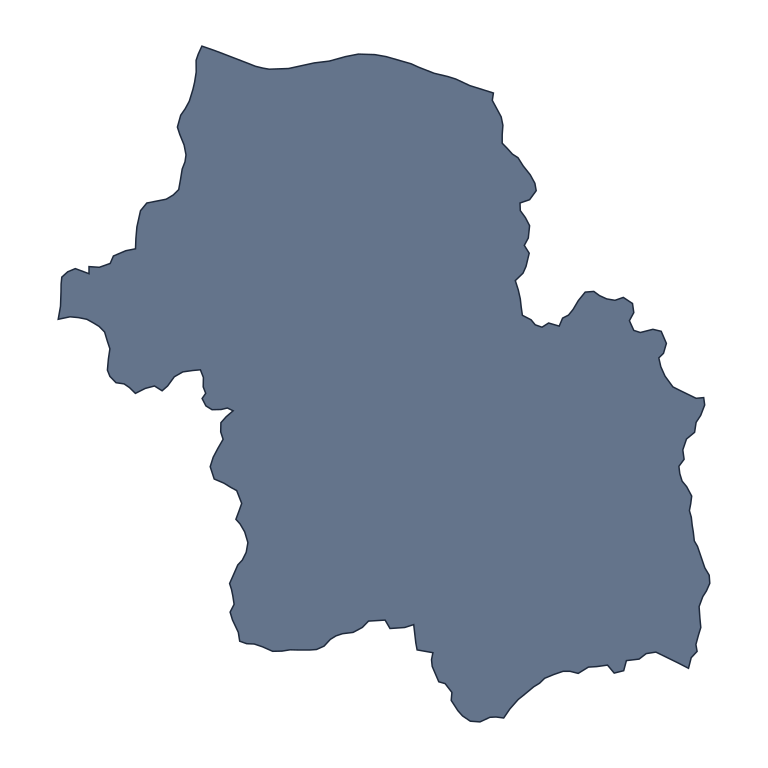 Cardoso, São Paulo, Brazil
{"feature_id": "56859067B23507277566037", "entity_name": "Cardoso", "entity_type": "district", "adm_level": 2, "iso_a3": "BRA", "parent_name": "Brazil", "parent_adm1": "São Paulo", "projection": "albers", "projection_center": [-49.951, -20.067], "detail": "fine", "context": "isolated", "style": "filled", "palette": "slate", "viewbox_px": 768, "rotation_deg": 0, "n_neighbors": 0, "source": "geoboundaries", "source_scale": "gbopen_adm2", "svg_char_len": 3294}
<svg xmlns="http://www.w3.org/2000/svg" viewBox="0 0 768 768"><path d="M201.9,46.1L198.2,54.2L196.1,60.3L196.2,72.1L194.6,82.2L192.9,89.5L189.3,101.2L185.1,108.9L180.7,115.2L177.4,127.1L179.8,134.5L184.1,145.0L186.0,154.9L185.0,161.8L182.2,169.0L180.5,179.5L178.7,189.6L173.2,195.0L166.2,199.2L146.8,203.0L140.5,210.7L136.9,226.9L135.9,238.5L135.5,248.8L125.8,250.7L113.4,256.0L110.2,263.4L99.3,267.3L89.0,266.6L89.0,273.7L75.3,268.6L67.7,271.8L61.8,277.1L61.1,284.1L61.0,291.9L60.5,306.3L58.2,319.3L70.0,316.8L78.5,317.6L86.9,319.3L93.7,323.1L99.1,326.4L104.6,332.0L107.3,341.0L109.9,348.8L108.4,358.9L107.4,370.1L109.9,376.4L116.0,382.7L124.1,383.9L129.5,387.6L135.4,393.4L145.3,388.4L154.5,386.0L162.1,390.8L167.6,386.0L174.3,376.8L182.8,371.9L192.7,370.5L200.4,369.8L203.4,377.5L203.2,386.9L205.7,393.3L202.1,398.5L205.9,405.9L212.0,409.7L221.1,409.5L227.4,408.0L233.1,410.8L226.1,416.8L220.9,422.7L220.7,431.9L223.1,439.3L217.8,448.5L213.2,457.2L210.2,466.7L214.2,479.0L223.8,483.1L230.8,487.4L236.7,490.6L241.7,503.4L239.0,511.0L235.9,519.3L240.1,524.0L244.7,531.9L247.9,542.6L246.2,552.3L242.3,560.1L237.8,564.9L232.4,577.2L229.6,583.5L231.5,589.5L232.8,595.8L234.1,604.3L230.1,612.1L232.5,620.0L238.3,632.3L239.7,641.2L246.7,643.7L254.2,644.0L262.5,646.8L272.6,651.3L282.0,651.1L290.1,649.8L298.7,650.0L309.6,650.0L316.5,649.5L324.1,646.1L330.3,639.4L335.9,635.9L342.5,633.7L353.1,632.4L362.4,627.4L368.5,621.1L385.1,620.1L390.0,628.5L404.7,627.5L413.7,624.6L415.8,642.8L417.1,649.9L432.9,652.7L431.5,659.7L432.2,666.4L438.8,681.8L445.1,683.6L451.9,692.4L451.2,700.4L457.9,710.7L462.5,715.9L470.3,721.2L480.0,721.9L489.9,717.3L496.0,717.0L503.7,718.0L509.9,708.9L518.2,699.5L524.8,694.2L533.7,686.8L539.6,683.2L544.6,678.3L553.8,674.5L563.1,671.3L570.0,671.3L578.2,673.4L588.4,667.1L596.7,666.6L607.5,665.1L614.2,673.1L623.7,670.7L626.4,660.6L639.1,659.1L646.2,653.6L655.9,652.1L678.4,663.1L688.5,668.3L691.2,657.7L697.1,651.4L695.9,644.5L698.4,635.3L700.8,627.5L699.9,618.1L699.1,606.6L702.8,596.6L706.4,591.0L709.8,583.3L709.2,575.2L704.8,567.8L700.6,555.5L697.5,546.4L694.3,540.9L693.3,532.0L692.2,525.3L691.3,517.2L689.4,510.6L690.7,503.9L691.7,496.1L686.7,486.7L682.1,481.1L679.8,473.7L678.9,466.3L684.1,459.3L682.8,449.9L686.5,439.0L694.6,432.3L696.1,422.4L700.7,415.4L704.7,405.0L703.7,397.6L696.1,398.3L680.9,390.9L672.9,386.9L665.0,376.1L660.8,366.7L658.8,357.9L663.5,353.3L666.4,343.4L661.2,331.3L652.9,329.3L640.3,332.5L633.8,330.4L629.4,320.7L633.8,312.6L632.5,303.5L623.3,297.4L615.0,300.3L606.7,298.9L599.5,295.6L593.8,291.4L585.2,292.1L578.3,300.6L573.1,309.4L568.5,315.1L562.6,318.1L559.2,326.1L548.6,323.0L542.0,327.2L535.2,324.8L531.1,319.8L522.4,315.3L521.2,307.0L520.3,298.9L518.3,290.0L515.3,280.6L523.0,273.2L526.0,266.5L529.2,253.2L524.3,245.4L528.3,238.0L529.6,225.7L525.4,217.6L520.3,210.6L520.0,203.0L529.6,199.7L536.2,190.7L534.9,183.3L530.3,174.9L523.1,165.8L518.0,157.7L512.4,154.1L507.1,148.2L502.2,143.2L502.2,134.8L502.9,125.3L501.2,116.9L497.6,110.2L492.3,100.4L493.4,93.0L469.8,85.6L455.7,79.0L447.7,76.5L434.2,73.3L418.4,67.1L411.2,63.8L386.1,56.6L374.8,54.6L358.3,54.1L345.5,56.6L329.2,61.1L314.3,62.9L288.6,68.5L269.2,69.2L262.9,68.1L255.5,66.3L248.7,63.6L223.0,53.7L213.7,50.2L201.9,46.1Z" fill="#64748b" stroke="#1e293b" stroke-width="1.5"/></svg>